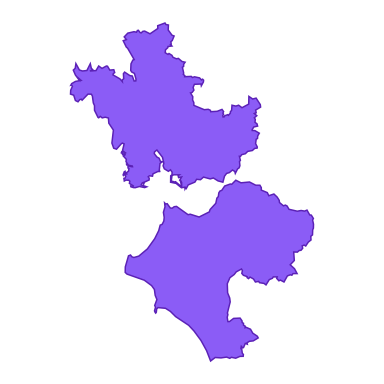 the district of Dytikis Elladas, Dytiki Ellada, Greece
{"feature_id": "26713481B45081925310995", "entity_name": "Dytikis Elladas", "entity_type": "district", "adm_level": 2, "iso_a3": "GRC", "parent_name": "Greece", "parent_adm1": "Dytiki Ellada", "projection": "albers", "projection_center": [21.426, 38.276], "detail": "fine", "context": "isolated", "style": "filled", "palette": "violet", "viewbox_px": 384, "rotation_deg": 0, "n_neighbors": 0, "source": "geoboundaries", "source_scale": "gbopen_adm2", "svg_char_len": 5974}
<svg xmlns="http://www.w3.org/2000/svg" viewBox="0 0 384 384"><path d="M313.4,218.5L311.3,215.1L309.7,214.9L307.0,210.1L304.6,211.1L301.1,210.5L297.3,211.2L289.0,209.3L287.1,206.0L285.4,205.1L283.4,205.8L279.5,202.5L279.2,200.3L277.1,197.0L273.9,194.0L268.8,195.7L267.3,192.6L261.3,190.1L261.3,187.6L259.9,185.2L255.7,185.2L249.5,182.0L241.0,182.8L235.8,180.2L231.7,184.3L230.3,184.0L224.7,186.0L221.8,190.3L219.9,191.1L218.8,192.9L218.3,196.6L216.9,198.1L215.8,203.3L210.1,209.5L209.3,211.9L199.1,217.0L190.2,214.2L188.1,214.7L176.5,206.4L174.2,206.7L172.2,208.2L170.3,208.0L167.2,203.7L165.7,204.0L164.6,202.9L165.0,206.8L163.4,212.3L164.2,217.5L163.8,221.1L162.1,224.4L160.2,225.1L158.7,230.7L154.7,238.7L147.4,248.9L138.8,256.1L133.9,257.5L131.9,256.8L130.5,255.0L128.5,255.8L125.3,266.9L125.2,272.4L127.0,274.1L144.3,280.2L151.6,285.6L154.4,289.5L155.2,295.4L156.9,299.5L154.7,305.5L155.5,307.2L154.5,310.9L155.2,312.5L155.7,313.1L156.3,312.3L156.7,308.8L158.1,307.6L165.5,308.3L170.4,311.4L175.6,316.6L188.7,325.3L194.0,331.0L201.0,340.5L206.6,350.7L210.6,361.0L215.2,357.5L221.0,357.9L226.6,357.1L229.8,358.3L231.4,357.3L235.7,358.2L239.9,356.4L243.2,356.3L243.4,354.5L242.3,353.2L241.7,349.0L240.9,348.7L241.3,346.3L242.6,347.8L243.5,347.6L245.3,343.4L247.3,344.2L247.0,342.8L249.4,341.3L253.2,340.9L258.2,337.9L257.3,336.2L252.8,333.2L250.5,329.2L246.1,327.3L245.1,327.7L245.2,326.2L243.5,325.2L243.5,323.3L242.2,322.6L242.0,320.8L240.1,318.1L233.6,318.4L229.4,321.6L227.9,321.6L227.2,317.3L227.9,314.6L227.4,313.0L230.2,301.9L229.7,298.0L227.6,292.8L227.3,283.7L229.9,277.7L234.2,274.5L236.3,271.8L241.5,269.0L242.4,270.6L241.8,273.4L243.4,275.3L247.1,276.6L247.1,277.6L248.5,278.6L250.1,277.1L253.5,279.0L255.4,282.0L258.7,281.4L259.5,282.7L264.0,283.4L266.0,284.9L269.3,279.6L272.4,278.3L273.3,276.9L277.2,276.9L276.7,278.4L278.9,280.8L280.4,280.1L284.0,282.0L287.4,275.9L290.2,274.8L291.9,275.2L293.0,273.6L297.1,273.6L294.5,268.7L290.2,264.8L294.3,260.5L293.7,252.0L297.4,252.1L299.2,250.5L301.0,250.3L302.7,248.3L302.2,245.8L304.1,245.1L305.7,246.0L308.3,242.1L311.0,240.0L310.8,236.3L312.5,234.9L312.7,229.8L313.4,228.2L313.5,224.2L312.6,220.0L313.4,218.5ZM126.3,47.1L127.6,48.2L134.2,59.6L132.9,60.0L131.0,63.8L130.7,70.4L131.7,72.0L134.4,73.4L136.0,79.1L135.8,80.9L134.1,81.0L132.3,76.0L129.9,75.6L124.6,72.1L123.4,73.7L123.7,78.7L122.1,80.1L122.3,81.6L120.0,78.9L113.0,74.9L113.3,73.6L114.7,72.6L113.8,69.7L109.8,70.1L107.5,66.2L106.4,66.0L102.0,68.4L98.7,66.0L96.0,70.6L89.9,71.0L92.8,69.8L91.3,68.2L90.3,63.7L86.9,70.5L82.5,71.0L79.4,70.0L75.9,63.6L75.2,68.3L73.3,70.1L75.4,75.0L78.6,79.3L79.2,79.9L78.8,78.4L81.1,80.4L75.5,81.4L71.7,83.6L70.9,85.1L71.5,84.9L72.4,86.4L70.7,90.2L70.5,94.1L73.7,95.2L75.4,100.5L78.0,101.8L79.8,99.6L81.3,99.2L82.1,100.2L88.0,94.1L91.4,94.2L92.4,96.1L93.3,102.9L94.5,105.6L94.5,110.3L98.0,117.4L98.7,117.8L100.3,116.4L102.2,117.9L105.2,117.2L108.4,118.0L108.8,123.2L113.4,130.1L111.9,143.1L113.7,148.2L116.5,149.2L121.3,143.8L122.3,143.1L124.1,143.9L122.5,150.6L124.6,152.2L121.7,151.8L121.3,152.9L123.0,153.8L122.2,154.9L125.1,153.5L125.1,154.8L123.4,156.1L126.3,159.3L126.0,161.6L127.5,163.9L126.5,164.1L126.7,164.9L132.3,166.0L132.5,166.7L131.6,166.7L128.0,165.8L128.0,168.0L128.9,168.5L128.5,171.2L126.4,172.7L126.8,174.0L125.4,174.2L125.1,171.3L124.3,171.7L123.1,174.9L123.4,175.5L124.5,174.4L125.8,176.2L125.0,178.2L123.9,178.4L124.3,181.0L126.0,180.1L128.8,180.3L129.8,181.2L129.4,183.4L133.3,185.9L132.7,187.2L131.0,186.5L130.5,185.2L130.9,186.8L133.5,187.6L135.2,187.7L139.4,186.5L144.7,187.6L146.7,186.8L141.1,184.9L142.2,183.0L143.1,182.5L143.7,184.0L144.5,182.1L149.1,180.0L149.2,178.2L148.2,176.8L149.4,175.8L152.5,176.2L153.0,173.8L157.9,171.5L160.3,171.5L159.2,170.9L160.0,163.4L162.5,161.7L160.5,161.5L159.1,158.2L156.9,157.0L154.3,153.7L154.5,151.9L156.9,150.0L162.5,157.3L163.8,163.4L163.1,165.8L164.3,168.8L168.4,171.3L170.5,169.8L172.1,172.2L172.0,174.8L170.7,175.8L170.6,182.2L171.1,182.2L172.0,175.6L173.7,174.8L179.3,174.8L178.1,175.7L178.6,177.6L181.6,177.0L180.1,179.6L181.6,182.3L181.7,187.7L184.8,187.2L185.0,188.9L185.6,187.7L186.3,188.5L188.2,184.9L194.9,182.1L196.6,179.3L200.5,179.7L203.5,177.1L210.2,178.9L213.4,178.0L218.0,180.9L222.9,182.2L224.5,176.2L226.6,173.4L229.4,172.6L232.5,170.0L234.8,171.5L235.3,173.4L237.6,168.9L239.1,167.9L239.9,165.7L239.5,161.5L240.4,160.4L239.4,156.3L240.5,156.4L241.6,154.7L245.4,153.7L247.7,151.4L252.4,150.5L254.7,148.4L257.1,148.1L257.3,147.0L255.6,143.6L256.2,139.2L257.5,138.5L257.7,135.9L259.3,133.2L254.9,130.6L252.2,130.5L252.2,129.5L253.8,127.0L257.6,126.1L257.0,123.8L255.0,122.3L255.3,119.3L254.3,117.8L256.8,115.7L254.3,113.5L256.2,112.8L255.6,110.1L260.6,107.1L260.3,104.6L256.1,98.1L252.7,99.0L248.9,96.4L248.7,104.1L242.0,107.7L238.6,105.2L235.9,106.1L232.0,105.2L231.6,110.3L230.4,111.7L230.3,113.2L228.4,115.3L227.7,114.7L224.8,115.7L224.1,116.9L223.0,116.9L222.8,115.4L223.6,114.2L222.9,113.2L223.6,111.6L222.0,109.4L217.2,111.3L210.7,111.7L210.4,110.3L208.2,109.3L204.3,109.7L193.9,105.4L193.8,102.5L192.6,100.0L192.8,96.7L190.5,92.9L192.2,92.4L193.9,90.1L193.1,87.5L194.4,84.3L201.0,84.0L201.3,85.8L203.4,82.0L203.6,80.2L202.6,79.2L201.4,79.9L199.6,77.9L194.5,76.8L192.4,77.5L191.3,76.4L184.6,76.7L184.8,75.6L183.3,74.4L183.7,73.1L182.4,67.2L183.6,66.5L183.7,64.2L185.1,62.2L182.0,61.5L178.4,58.4L176.4,58.8L173.0,57.3L171.9,55.3L169.0,53.5L168.0,54.4L165.2,52.7L165.5,49.8L167.8,47.7L168.0,46.5L171.9,46.0L170.5,44.5L171.2,44.2L170.9,41.6L172.2,40.6L174.1,36.0L172.0,35.2L168.2,30.0L168.4,25.0L165.9,24.5L165.0,23.0L157.7,25.7L157.8,28.5L150.0,33.8L144.7,31.1L142.9,31.3L141.1,32.9L140.0,32.5L138.4,30.3L137.4,30.5L136.5,32.2L134.0,31.7L127.8,33.1L124.2,36.9L126.4,39.6L123.2,40.7L126.3,47.1ZM181.5,182.3L179.9,180.1L179.3,179.7L180.5,181.2L181.4,185.3L180.9,186.2L175.5,181.7L173.4,182.4L173.5,181.6L171.9,181.2L171.4,182.4L176.1,183.4L181.0,187.4L181.6,187.2L181.5,182.3Z" fill="#8b5cf6" stroke="#5b21b6" stroke-width="1.5"/></svg>